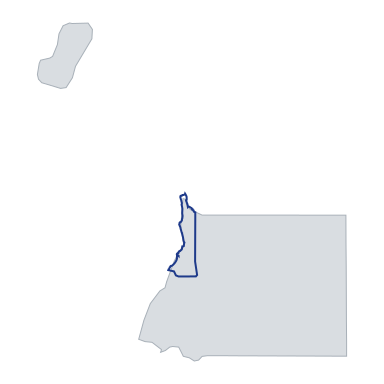 location of Bata, Litoral, Equatorial Guinea
{"feature_id": "11065452B98139425844484", "entity_name": "Bata", "entity_type": "district", "adm_level": 2, "iso_a3": "GNQ", "parent_name": "Equatorial Guinea", "parent_adm1": "Litoral", "projection": "robinson", "projection_center": [9.804, 2.002], "detail": "medium", "context": "in_parent", "style": "outline", "palette": "blue", "viewbox_px": 384, "rotation_deg": 0, "n_neighbors": 0, "source": "geoboundaries", "source_scale": "gbopen_adm2", "svg_char_len": 2742}
<svg xmlns="http://www.w3.org/2000/svg" viewBox="0 0 384 384"><path d="M345.9,215.2L346.0,243.1L346.2,266.8L346.3,292.3L346.4,319.0L346.6,341.6L346.6,356.2L324.8,356.1L295.8,356.0L266.9,355.9L237.9,355.8L223.3,355.7L207.3,355.7L202.1,356.4L198.6,360.1L194.3,361.0L189.3,357.8L183.3,356.3L181.7,353.0L178.7,347.1L172.7,346.5L169.7,347.1L165.4,350.5L160.6,352.3L161.5,349.6L152.0,342.3L145.1,341.6L138.7,339.3L143.9,320.3L150.3,303.6L159.9,290.9L165.0,287.8L166.7,281.6L174.3,260.9L183.7,244.1L180.7,227.1L183.0,198.6L185.7,199.4L186.1,202.1L186.8,206.1L190.4,209.6L202.1,215.1L237.0,215.1L257.8,215.1L288.6,215.1L321.1,215.2L345.9,215.2ZM69.5,23.0L72.1,23.5L88.1,23.1L92.4,29.4L91.9,38.8L75.5,66.3L72.4,77.8L66.1,87.6L60.6,88.4L41.7,82.7L38.5,79.2L37.4,74.5L39.2,63.5L40.6,60.2L49.7,58.1L52.6,56.4L57.4,44.6L59.0,33.8L63.1,25.7L69.5,23.0Z" fill="#d9dde1" stroke="#a8b0b8" stroke-width="1"/><path d="M195.3,211.5L195.0,212.2L194.9,212.3L194.3,212.1L194.1,211.6L193.6,211.1L193.6,210.4L193.0,210.1L192.7,209.4L192.5,209.5L192.2,209.5L192.1,209.0L191.8,208.9L191.8,208.5L191.5,208.0L190.3,207.5L189.7,206.9L188.1,206.4L188.1,206.8L187.9,207.0L187.7,205.1L187.3,204.2L187.3,203.7L186.9,203.0L186.8,202.4L186.6,201.9L186.4,201.1L186.0,200.7L186.1,200.4L186.3,200.2L186.3,199.9L186.6,199.8L186.7,199.4L186.6,196.8L186.3,195.9L185.8,195.2L185.8,194.8L185.1,193.7L185.0,194.1L184.8,194.4L183.9,194.8L183.4,195.0L182.5,195.0L182.2,195.2L181.9,195.7L181.5,195.8L181.3,195.7L180.8,195.9L180.6,195.9L180.4,196.2L180.3,197.3L180.5,197.7L180.7,198.8L181.3,200.5L181.4,201.2L181.9,203.0L181.8,204.0L181.6,204.4L181.6,204.8L182.1,206.9L182.4,208.9L182.2,213.2L182.6,216.0L182.3,218.4L182.0,219.0L181.9,220.4L181.3,221.4L180.6,222.2L180.5,222.3L180.1,222.2L179.8,222.4L179.6,222.7L179.4,223.3L179.5,224.0L179.3,224.4L179.2,224.6L179.6,225.5L179.9,226.0L179.9,226.5L180.4,227.2L180.4,227.5L180.6,228.8L181.1,230.3L181.2,230.8L181.6,232.2L181.8,232.9L182.1,233.1L182.1,233.6L183.0,237.3L183.5,240.4L183.9,241.9L184.4,242.4L184.4,243.2L184.8,243.6L184.6,243.5L184.4,243.3L184.2,242.7L184.0,244.3L183.8,246.1L183.5,246.3L182.8,246.6L182.3,246.5L182.2,247.2L182.1,247.5L182.0,248.8L181.7,249.5L181.1,250.1L180.6,250.4L180.3,250.9L180.1,251.0L179.9,250.9L179.2,251.2L178.9,251.6L178.8,251.9L178.6,252.0L178.4,253.0L177.6,253.1L176.9,253.9L176.8,254.4L177.0,254.9L178.3,255.4L178.6,255.8L178.6,256.0L178.2,255.6L177.0,255.2L176.9,257.9L177.0,258.5L176.6,259.9L175.9,261.3L174.6,263.2L173.1,264.8L171.8,265.8L171.4,266.0L170.9,265.9L170.5,266.2L170.0,267.3L169.7,267.4L169.3,268.6L169.0,269.1L168.6,269.3L168.3,270.1L174.0,271.4L175.9,275.4L178.6,276.5L195.9,276.4L196.9,275.2L197.1,275.0L195.1,261.5L195.3,211.5Z" fill="none" stroke="#1e3a8a" stroke-width="2"/></svg>